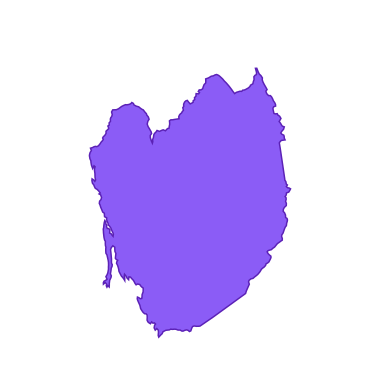 the district of Jaguaribe, Ceará, Brazil, rotated 143°
{"feature_id": "56859067B94931257092232", "entity_name": "Jaguaribe", "entity_type": "district", "adm_level": 2, "iso_a3": "BRA", "parent_name": "Brazil", "parent_adm1": "Ceará", "projection": "orthographic", "projection_center": [-38.68, -5.978], "detail": "fine", "context": "isolated", "style": "filled", "palette": "violet", "viewbox_px": 384, "rotation_deg": 143, "n_neighbors": 0, "source": "geoboundaries", "source_scale": "gbopen_adm2", "svg_char_len": 6027}
<svg xmlns="http://www.w3.org/2000/svg" viewBox="0 0 384 384"><g transform="rotate(143 192 192)"><path d="M246.7,288.1L247.4,285.7L249.5,284.9L251.0,283.8L252.1,282.7L253.5,280.0L254.0,277.8L254.9,276.4L256.1,274.1L256.7,272.2L257.2,270.5L254.5,271.9L254.2,270.5L255.8,269.3L256.9,267.9L258.5,265.0L259.6,263.5L260.7,261.9L261.8,259.6L263.2,259.0L263.2,260.5L263.9,262.6L265.1,261.3L266.2,259.0L266.2,256.6L266.7,254.9L267.0,253.1L266.2,251.2L265.9,248.8L265.9,246.4L267.4,246.4L266.7,244.8L267.5,242.1L269.2,240.7L271.3,240.3L272.9,238.7L273.3,236.9L274.1,234.7L274.7,232.3L275.4,229.7L274.8,227.8L275.9,226.2L276.7,224.9L275.7,222.7L276.8,221.4L277.4,219.6L277.9,217.5L278.7,216.0L278.4,214.6L278.5,212.2L279.2,209.6L279.6,207.6L280.1,205.7L281.7,204.1L281.8,205.8L281.7,207.3L282.5,208.8L280.5,211.0L280.4,212.8L281.6,213.9L281.1,215.8L280.1,216.8L280.0,218.3L278.8,220.3L278.8,221.7L280.6,220.3L282.4,218.5L283.9,216.8L285.2,215.8L286.2,214.2L287.3,212.6L288.3,210.9L289.6,208.7L290.7,206.3L290.9,204.7L292.2,203.1L293.4,201.3L294.0,199.7L295.1,198.5L296.3,196.9L297.6,194.9L297.8,192.9L298.4,191.6L299.1,190.0L300.1,187.8L301.1,186.0L302.6,183.9L303.8,182.5L305.2,180.6L307.9,178.1L309.5,177.1L311.7,176.2L312.3,173.5L314.0,173.4L316.0,173.7L317.4,172.9L318.2,171.7L315.8,171.9L315.6,169.8L316.9,168.7L317.2,167.2L315.6,167.9L315.3,166.0L314.1,167.4L313.2,168.6L310.9,171.0L309.4,171.8L308.1,172.5L306.9,173.6L306.4,175.7L304.2,177.8L302.3,179.8L300.6,180.7L299.4,182.0L299.1,183.6L297.9,185.3L296.7,186.8L295.1,189.4L294.1,191.0L292.9,193.0L291.7,195.0L290.0,196.1L287.6,196.7L286.9,194.4L288.2,192.6L289.3,190.9L289.8,188.7L291.6,186.8L293.1,185.2L293.1,183.8L292.4,182.2L293.9,181.6L295.2,180.5L295.5,178.5L296.1,176.7L296.9,174.7L298.1,172.5L298.6,169.7L299.0,167.2L298.8,165.5L298.8,163.6L299.0,161.8L297.4,163.9L296.8,165.5L295.4,166.9L295.3,165.2L295.4,163.6L295.7,162.2L295.4,160.1L294.5,161.1L293.4,162.1L292.3,161.0L292.3,159.3L292.0,157.1L292.1,155.4L292.5,153.3L292.5,151.5L290.9,151.3L289.4,149.6L289.5,148.0L289.3,146.3L288.8,144.6L289.9,143.2L291.2,141.6L292.5,140.8L293.7,140.0L294.8,138.6L296.2,137.2L297.5,137.9L298.1,139.7L298.8,140.9L300.0,139.7L300.5,138.4L301.0,136.5L301.8,132.9L302.5,131.3L303.2,129.8L303.4,127.7L303.5,125.3L303.1,123.3L301.9,122.2L301.9,120.7L303.3,118.7L305.0,116.7L305.4,114.8L305.1,113.4L304.5,111.8L302.4,112.5L302.1,110.7L300.8,110.1L300.6,108.5L302.1,108.1L304.0,106.3L304.5,103.8L302.3,104.1L302.1,101.9L303.1,100.3L305.3,97.8L305.9,96.1L303.1,96.6L301.1,96.8L299.4,97.8L297.6,97.6L296.1,97.3L294.4,96.3L293.1,95.5L291.6,95.3L290.2,94.0L288.7,93.1L287.4,92.0L286.3,90.2L284.5,88.8L283.9,87.2L282.9,86.3L280.8,85.8L279.4,85.2L278.4,83.9L278.0,82.1L276.5,81.8L275.2,82.7L274.0,83.5L272.5,84.2L270.9,83.7L269.3,82.1L267.8,81.0L266.3,80.1L250.2,79.4L210.3,78.7L208.1,80.3L201.7,83.9L200.9,86.2L199.5,87.1L197.4,87.2L195.2,86.3L193.0,86.5L191.1,86.5L189.1,86.6L186.1,87.3L184.5,87.9L183.1,88.5L181.5,88.7L179.9,88.6L177.6,89.0L175.9,90.1L174.4,89.8L172.6,89.9L171.4,90.5L169.7,91.3L168.4,92.1L167.6,93.3L168.0,94.8L168.3,97.0L168.0,99.0L166.6,99.4L165.3,99.0L163.4,98.2L161.2,98.4L159.2,98.3L156.9,98.9L154.8,99.4L152.6,99.3L150.5,99.3L148.9,99.2L147.8,100.6L147.3,102.4L146.1,103.7L144.0,104.4L142.1,105.7L140.0,107.1L138.5,107.9L136.9,108.3L135.2,110.1L133.8,111.1L132.6,112.2L132.0,113.7L132.6,115.3L131.2,117.3L130.6,119.7L130.8,121.7L129.3,123.3L127.5,124.1L124.9,124.4L123.5,126.1L122.9,128.2L121.2,129.5L120.3,130.9L120.4,132.3L118.6,132.9L117.1,134.4L114.8,133.7L113.0,134.4L111.4,135.2L112.0,136.7L113.1,137.9L113.4,139.5L111.6,140.2L111.9,141.6L110.8,143.8L110.7,145.6L109.7,147.3L95.1,174.1L92.7,178.7L91.3,179.2L89.6,179.4L87.8,178.4L86.3,177.6L85.9,179.5L85.0,180.8L84.5,182.1L85.5,184.2L85.6,185.7L83.9,186.4L81.1,187.0L79.1,188.5L80.2,190.2L80.2,191.6L79.9,193.8L80.0,195.8L78.1,196.6L76.7,197.2L76.4,199.7L77.1,202.0L76.8,203.3L78.4,204.2L79.3,205.4L78.4,207.3L77.8,208.7L76.9,210.2L75.6,210.9L73.5,210.3L72.6,211.7L72.2,213.5L72.1,215.8L71.5,218.1L71.2,220.2L71.4,221.8L72.8,222.9L73.1,225.0L72.9,226.5L72.3,228.1L70.4,228.6L70.1,230.5L69.9,232.0L69.6,234.5L69.1,237.2L68.4,239.3L67.1,240.8L66.9,243.5L67.3,245.7L66.9,247.8L66.5,249.3L65.8,251.8L66.9,252.6L68.5,248.7L69.9,247.0L71.4,247.3L73.2,246.8L74.8,244.4L76.4,243.4L78.3,241.8L81.0,242.1L82.2,241.4L84.3,241.2L87.4,241.6L89.0,242.0L90.2,242.8L91.8,242.5L93.0,243.6L95.0,244.3L96.6,244.9L98.7,244.9L98.8,247.5L98.7,249.6L98.7,254.0L98.8,255.7L99.0,258.5L99.4,261.2L99.5,263.9L100.2,267.8L100.6,269.2L101.6,271.0L103.3,271.7L105.0,271.9L107.0,272.9L110.2,273.2L113.0,274.1L114.3,272.2L115.5,270.8L117.7,270.5L119.8,269.2L121.4,268.0L123.5,268.2L124.8,269.2L126.5,268.5L126.2,266.9L127.6,266.4L129.5,268.1L131.3,266.1L133.2,265.9L134.2,264.2L136.1,264.2L137.1,263.0L138.6,263.1L140.4,263.5L140.6,265.8L140.6,268.0L142.1,268.5L143.8,268.3L145.8,267.2L147.2,265.3L148.6,264.9L149.7,262.4L151.4,262.1L152.7,261.4L154.2,261.4L155.8,261.0L157.3,260.1L158.3,258.3L160.3,259.4L162.7,260.7L164.0,261.3L165.5,262.4L167.2,262.4L168.3,260.6L169.2,259.4L170.6,258.2L171.9,256.8L173.4,257.4L176.4,256.9L177.6,259.0L179.2,259.5L181.5,260.0L182.9,262.2L185.0,261.5L186.5,261.4L187.9,260.8L190.2,258.6L192.0,257.5L193.0,255.8L194.3,254.8L193.7,257.4L192.6,260.5L191.3,262.3L189.1,263.0L188.4,264.7L188.1,267.0L187.9,268.5L187.7,270.7L186.9,273.2L184.8,275.0L182.5,275.9L181.7,278.3L181.8,280.6L181.3,282.0L181.5,284.1L181.5,286.9L182.2,288.2L182.7,289.7L183.3,292.1L184.9,294.2L185.9,296.4L185.5,298.0L186.2,299.7L187.7,299.4L189.5,299.8L191.5,300.8L192.6,301.8L194.6,302.3L196.8,302.7L198.7,302.7L200.5,302.7L202.8,303.2L205.9,305.3L208.1,304.3L209.1,301.8L210.8,300.6L212.2,300.2L213.3,299.4L214.6,297.5L216.6,297.1L217.8,295.3L219.5,295.3L219.8,293.9L220.5,292.7L222.3,292.5L224.1,292.3L225.4,290.5L227.6,289.7L229.6,289.5L230.9,288.9L231.2,287.4L232.9,286.8L234.3,286.6L236.2,285.9L238.9,285.2L240.7,285.5L241.7,286.6L243.0,287.1L244.9,287.4L246.7,288.1Z" fill="#8b5cf6" stroke="#5b21b6" stroke-width="1.5"/></g></svg>